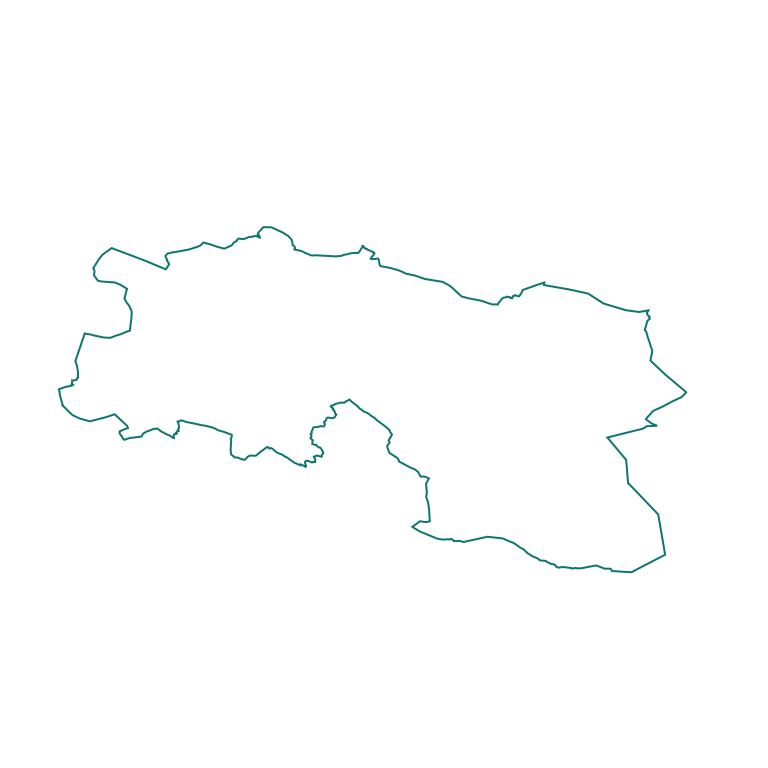 Tokke nor, Telemark, Norway, rotated 194°
{"feature_id": "86288312B10810953516710", "entity_name": "Tokke nor", "entity_type": "district", "adm_level": 2, "iso_a3": "NOR", "parent_name": "Norway", "parent_adm1": "Telemark", "projection": "robinson", "projection_center": [7.933, 59.464], "detail": "fine", "context": "isolated", "style": "outline", "palette": "teal", "viewbox_px": 768, "rotation_deg": 194, "n_neighbors": 0, "source": "geoboundaries", "source_scale": "gbopen_adm2", "svg_char_len": 6158}
<svg xmlns="http://www.w3.org/2000/svg" viewBox="0 0 768 768"><g transform="rotate(194 384 384)"><path d="M546.6,495.3L550.5,494.0L555.1,490.7L557.3,490.4L557.8,490.1L559.2,490.2L560.6,489.7L561.7,487.6L561.5,487.2L563.9,485.0L565.3,481.7L571.6,476.7L579.0,476.8L585.2,477.4L593.5,477.6L595.2,474.8L595.3,474.3L597.6,472.4L600.3,470.7L606.6,466.9L619.0,461.3L621.1,460.6L623.1,459.3L625.6,458.2L627.1,455.4L625.8,453.4L624.7,452.4L624.3,451.2L621.4,448.3L623.4,442.5L646.9,446.0L681.1,450.0L688.2,441.7L690.8,436.2L694.1,425.9L692.9,424.9L692.1,423.0L691.6,419.2L686.6,415.0L682.9,415.1L669.7,417.4L663.7,416.5L656.4,414.2L656.5,404.1L653.5,400.8L650.5,398.5L647.5,395.0L646.3,393.2L645.1,387.3L643.5,374.3L646.4,372.5L651.5,368.6L656.4,365.7L659.5,363.4L661.5,362.4L667.3,361.3L677.9,360.9L679.6,361.1L686.6,360.6L689.0,331.5L686.5,327.7L685.4,325.3L683.6,321.0L682.4,316.1L683.3,315.1L683.2,313.7L684.0,313.5L684.7,312.9L686.3,312.4L686.6,312.0L687.5,312.0L686.9,309.5L687.1,308.7L685.8,308.1L686.7,307.7L686.2,307.2L686.4,306.9L692.4,304.1L698.1,300.3L697.4,298.6L696.8,297.8L696.5,296.5L695.5,294.4L691.1,286.4L690.7,286.2L690.6,285.5L690.7,285.2L688.5,284.2L681.4,279.9L678.4,278.4L670.9,276.9L660.4,276.6L646.0,284.4L638.0,289.5L622.9,281.1L621.8,279.2L623.9,278.0L629.0,274.2L628.7,273.8L628.8,272.4L627.7,271.3L625.3,269.4L624.1,267.8L622.5,267.0L618.2,269.8L606.5,274.4L605.8,277.5L602.6,280.6L600.2,282.1L596.9,284.6L593.9,285.5L593.2,286.0L588.0,283.8L585.8,283.5L584.0,282.8L579.8,282.2L575.7,280.7L574.8,280.7L575.6,282.1L575.4,282.4L575.4,283.1L575.6,284.2L575.2,284.6L573.5,285.2L573.2,285.6L574.0,286.4L573.3,287.2L573.5,287.9L572.0,288.5L571.8,288.9L572.8,290.0L572.3,292.2L573.8,295.8L575.2,297.6L571.5,299.8L566.8,299.3L557.4,299.8L550.8,299.9L547.8,300.3L540.1,300.3L537.6,300.0L533.8,299.0L527.8,298.8L519.4,297.9L519.0,294.9L519.4,293.6L518.6,292.3L516.8,282.6L515.2,278.6L513.0,277.7L511.5,276.7L508.5,277.2L503.5,276.6L500.7,276.8L498.6,280.5L496.7,282.1L491.0,283.4L486.9,288.9L482.1,294.7L480.2,294.2L479.9,293.7L478.9,294.0L478.4,294.5L476.3,294.1L473.1,292.3L470.9,291.5L465.9,290.8L463.9,290.2L463.1,289.7L460.2,289.2L452.2,286.0L445.5,284.9L445.5,285.8L442.1,285.3L440.3,284.6L439.8,284.9L440.1,285.9L441.8,288.9L441.3,290.3L440.8,290.7L439.5,291.0L437.8,290.9L435.1,290.4L434.6,290.5L434.1,291.2L432.2,291.4L432.0,291.5L432.7,294.7L434.0,295.7L434.5,296.5L431.6,298.4L427.0,298.3L426.8,298.7L427.1,299.7L426.3,301.8L426.7,302.2L426.5,302.7L426.8,303.4L430.0,306.6L431.1,307.0L432.0,306.7L433.8,307.5L435.1,308.6L435.6,308.2L439.1,308.5L439.2,309.7L439.6,311.0L439.4,312.2L441.3,313.0L442.4,313.8L441.6,315.1L442.0,316.3L443.1,317.4L443.0,317.9L442.2,318.6L442.2,319.0L442.6,319.4L442.7,320.1L442.6,321.3L442.3,321.9L442.3,323.8L441.8,324.9L441.5,325.1L437.8,326.3L435.3,327.8L432.7,328.1L432.0,328.4L431.5,330.8L432.8,331.9L433.0,332.7L431.5,334.4L431.4,335.2L431.6,336.1L430.7,337.7L429.7,338.0L426.5,338.1L424.7,338.9L423.9,339.6L422.9,342.8L424.4,343.7L425.5,345.9L426.8,346.4L427.4,346.9L427.1,347.4L427.4,347.9L430.1,349.2L430.2,349.8L429.7,350.3L427.6,351.4L426.6,352.8L424.1,354.0L422.4,355.1L417.9,356.4L416.9,357.4L416.7,358.0L413.6,360.6L410.8,358.8L404.6,356.3L402.3,354.6L401.2,354.1L399.0,353.4L397.1,352.4L395.5,352.3L392.3,351.6L386.6,349.2L385.4,349.1L382.5,347.3L371.4,342.7L367.5,340.6L366.4,338.9L364.0,336.8L365.8,330.4L364.4,328.5L366.0,324.6L365.0,322.8L362.2,318.5L353.6,315.6L351.6,314.2L350.6,312.4L338.1,309.3L333.4,308.6L329.4,306.8L328.7,305.8L326.1,303.1L322.2,304.0L317.6,303.3L319.1,297.3L316.1,288.9L315.8,284.7L312.6,279.8L310.1,273.7L306.7,262.9L306.3,262.0L308.8,260.5L312.2,259.8L315.8,259.6L321.9,252.3L319.3,251.3L313.2,249.5L294.6,246.8L289.4,247.3L286.6,248.0L285.5,248.6L282.6,248.9L282.1,249.7L280.7,249.8L279.2,249.3L278.5,248.5L275.1,249.2L274.6,249.6L273.5,249.9L270.8,250.1L268.7,249.9L246.7,260.8L231.3,262.9L224.7,261.7L219.6,261.1L212.1,258.2L208.0,257.2L206.5,256.0L203.6,254.5L197.5,252.6L195.3,252.4L192.1,251.7L190.4,250.8L189.1,250.7L184.6,251.5L181.5,250.4L180.1,250.4L178.6,249.8L175.9,250.1L174.2,249.8L172.9,248.5L171.9,248.1L169.2,248.3L166.9,249.6L157.6,250.8L157.1,250.4L155.9,250.8L153.7,251.9L152.1,251.8L151.2,252.2L148.7,252.6L134.3,259.3L125.3,258.2L119.4,259.6L117.5,257.7L98.2,261.2L95.4,263.9L69.9,286.4L86.4,323.8L119.8,344.9L123.1,346.6L130.7,369.0L154.3,386.1L121.8,403.4L118.9,406.6L108.8,409.5L115.0,410.5L121.1,413.1L120.9,414.7L118.8,418.2L116.9,422.1L115.1,424.0L109.0,428.8L100.2,436.7L92.2,443.2L89.7,447.1L88.8,449.0L91.2,450.4L113.6,461.3L131.0,471.1L131.3,473.0L131.5,479.2L132.0,481.9L133.6,484.0L137.8,490.9L138.6,491.9L142.3,498.3L144.0,499.4L143.7,508.9L141.9,511.6L142.8,512.6L142.8,512.9L142.5,513.3L142.9,513.9L143.6,513.9L144.6,514.4L145.3,515.1L145.6,516.0L146.2,516.5L145.4,518.6L145.3,519.4L153.8,515.6L167.4,514.1L190.4,515.2L207.7,521.1L226.1,520.6L252.9,518.7L253.0,521.2L260.1,516.8L272.2,508.7L272.2,507.2L274.0,501.8L276.6,501.6L278.5,501.9L279.1,501.0L280.0,500.5L279.9,499.9L280.4,499.2L280.4,498.4L280.8,498.4L281.6,497.9L282.1,498.0L282.4,498.6L285.9,498.5L286.2,497.9L288.6,496.8L290.3,495.3L291.4,492.3L293.0,489.1L292.8,488.8L298.3,487.4L310.2,488.3L322.9,487.6L329.9,487.7L343.2,495.0L351.8,497.3L369.8,495.8L379.7,496.7L390.5,496.4L392.9,497.2L398.0,497.9L407.0,498.1L416.0,497.5L417.2,498.9L419.0,503.0L420.0,504.3L425.1,502.4L427.2,502.4L426.6,504.3L424.9,507.9L425.0,508.4L425.4,508.5L425.4,509.1L426.1,509.1L426.5,509.5L427.3,509.3L428.0,509.7L428.8,509.7L429.9,510.1L432.0,510.2L433.7,511.1L434.8,510.7L436.0,511.3L436.3,511.6L436.1,511.7L436.3,512.1L437.6,512.8L438.3,512.7L438.0,512.1L439.1,509.0L439.3,507.9L440.8,504.8L443.3,504.4L448.2,502.7L450.6,501.2L454.0,499.7L456.3,498.0L461.9,496.1L481.4,492.4L484.5,491.4L486.1,491.2L493.0,492.3L496.2,493.1L503.3,492.8L503.6,493.3L503.1,494.2L503.4,494.9L504.7,496.2L506.3,496.7L507.0,498.9L508.8,501.9L512.6,504.4L518.6,506.4L531.1,508.8L539.0,507.0L542.5,500.7L542.7,498.7L542.7,498.3L541.6,498.3L541.6,498.1L540.6,497.4L539.9,496.1L541.3,496.0L542.0,496.5L542.6,496.6L545.2,496.3L546.2,495.9L546.6,495.3Z" fill="none" stroke="#0f766e" stroke-width="2"/></g></svg>